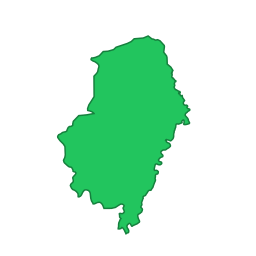 Centurión, Cerro Largo, Uruguay, rotated 46°
{"feature_id": "84410073B80643779971885", "entity_name": "Centurión", "entity_type": "district", "adm_level": 2, "iso_a3": "URY", "parent_name": "Uruguay", "parent_adm1": "Cerro Largo", "projection": "orthographic", "projection_center": [-53.755, -32.187], "detail": "fine", "context": "isolated", "style": "filled", "palette": "green", "viewbox_px": 256, "rotation_deg": 46, "n_neighbors": 0, "source": "geoboundaries", "source_scale": "gbopen_adm2", "svg_char_len": 5886}
<svg xmlns="http://www.w3.org/2000/svg" viewBox="0 0 256 256"><g transform="rotate(46 128 128)"><path d="M202.7,202.9L202.8,201.8L203.0,201.4L203.4,200.7L203.5,200.4L203.4,200.0L203.2,199.6L202.1,198.6L200.6,198.1L199.3,197.9L198.0,197.1L197.5,196.4L197.3,195.7L197.3,195.1L197.4,193.5L197.5,193.3L198.0,193.0L198.5,192.9L199.0,193.0L200.9,193.5L201.2,193.5L201.5,193.3L201.7,192.1L203.3,187.8L203.4,186.9L203.4,186.3L203.6,185.6L203.6,185.4L203.6,185.2L203.4,184.8L203.0,184.4L202.5,184.2L200.9,183.7L199.2,182.9L197.9,182.0L197.2,181.0L197.2,180.6L197.5,179.6L197.7,178.9L197.8,177.1L197.9,176.6L197.8,176.4L197.3,175.2L196.9,174.6L196.6,174.2L195.9,173.9L195.3,173.8L194.1,173.9L193.8,173.7L193.3,172.8L193.1,171.9L192.8,171.3L192.4,170.9L191.8,170.6L191.3,170.2L190.9,169.7L190.5,168.9L190.0,167.8L189.4,166.8L189.2,166.0L188.6,165.5L188.2,165.3L187.9,164.7L188.2,163.3L188.6,162.4L188.5,161.7L188.2,160.9L187.9,159.0L187.6,158.2L187.4,157.2L187.4,156.5L187.7,155.8L188.3,155.3L188.7,154.6L188.6,154.1L188.3,153.2L188.1,152.3L188.1,151.6L187.2,149.9L186.1,147.7L184.9,144.9L184.5,144.4L184.0,144.0L183.5,143.8L182.9,143.4L182.6,142.8L182.0,142.0L181.4,141.6L180.9,140.7L180.8,140.1L180.9,139.6L181.6,138.7L181.6,138.1L181.1,137.3L180.7,136.8L180.5,136.6L180.1,136.5L178.9,136.6L178.1,137.0L177.7,137.4L177.1,138.2L176.8,138.3L176.6,138.3L176.2,138.1L175.8,137.7L175.2,136.9L173.5,134.3L173.3,133.8L173.3,133.0L173.7,132.4L174.4,132.0L175.2,131.8L175.9,131.3L176.4,130.9L176.9,130.2L177.0,129.6L177.1,128.9L177.0,128.5L176.7,128.1L176.0,127.7L175.4,127.8L175.0,128.1L174.4,128.4L173.6,128.7L172.8,128.6L172.1,128.2L171.9,127.3L171.8,125.5L172.0,124.7L172.2,124.0L172.6,123.3L172.7,123.0L172.6,122.8L172.4,122.4L172.0,122.0L171.7,121.9L171.3,121.8L170.6,121.9L169.8,121.8L169.2,121.7L168.5,121.4L168.1,121.1L167.9,120.7L167.9,120.4L167.9,119.6L168.1,118.5L168.5,117.7L168.8,117.3L169.3,116.9L169.7,116.4L169.9,115.9L170.0,114.6L170.4,113.0L170.6,112.0L170.6,110.4L170.5,110.1L170.0,109.6L169.7,109.4L168.1,108.9L167.6,109.0L166.7,109.4L166.0,109.7L165.3,109.9L164.7,110.0L164.2,109.7L164.0,109.4L163.6,109.4L163.0,109.6L162.9,109.4L162.8,109.1L162.8,108.8L162.9,108.4L164.4,107.5L165.3,107.0L166.6,106.5L166.9,106.1L167.0,105.7L167.0,104.3L167.0,103.5L166.8,102.8L166.5,102.1L166.1,101.4L165.5,100.7L164.7,100.0L163.9,99.1L163.2,97.9L162.4,97.0L162.1,96.4L161.9,95.5L161.3,94.9L160.7,93.4L159.0,91.3L158.8,90.9L158.8,90.4L159.0,90.0L160.3,88.9L160.6,88.3L161.7,85.6L161.7,85.4L161.1,85.0L160.6,84.7L160.4,84.2L160.4,83.7L160.5,82.8L160.7,82.5L161.0,82.4L161.4,82.4L163.1,83.9L163.9,85.2L164.3,85.3L164.6,85.2L165.7,84.0L166.4,82.8L167.3,81.1L167.2,80.3L167.0,80.1L166.0,79.8L164.4,79.3L164.0,78.9L163.6,78.7L162.7,78.4L161.9,78.3L159.6,78.2L158.7,78.1L158.4,77.9L158.1,77.5L157.7,76.7L157.6,75.6L157.8,74.7L157.6,73.7L158.0,71.9L158.1,71.5L158.1,71.3L158.0,71.1L157.6,70.7L157.2,70.6L156.6,70.9L155.9,71.3L155.4,71.4L154.4,71.4L154.2,71.3L153.8,70.8L153.7,70.4L153.7,70.1L153.7,69.9L153.1,69.8L152.5,69.9L152.0,70.2L151.5,70.9L151.2,71.3L150.2,71.5L149.6,71.5L148.6,71.0L147.9,70.1L147.6,69.3L147.7,68.7L147.5,68.2L145.9,67.9L144.9,67.8L144.1,67.6L143.0,67.0L142.6,66.7L142.4,66.5L142.1,66.5L142.0,66.8L141.9,67.4L141.6,67.6L141.1,67.7L140.2,67.4L139.7,67.1L139.3,67.1L139.1,67.4L138.8,67.6L138.4,67.6L138.1,67.3L137.9,67.0L138.0,66.7L138.4,66.1L138.6,66.1L138.8,65.9L138.7,65.7L137.8,65.4L137.5,65.6L137.1,65.8L136.8,66.0L134.2,66.7L133.2,67.2L131.8,66.9L131.0,66.7L130.6,66.4L130.3,65.9L130.2,65.4L129.8,64.7L129.5,64.5L128.9,64.3L128.4,64.1L128.2,63.6L128.1,63.4L127.9,63.0L127.5,62.7L127.4,62.2L127.6,61.8L127.8,61.4L127.5,60.9L127.0,60.9L126.4,61.1L125.9,61.1L125.4,61.1L125.1,60.9L124.6,61.0L124.0,61.2L123.9,61.0L123.5,60.9L123.1,60.9L123.0,61.1L122.6,61.2L121.8,61.1L121.3,60.6L120.4,59.2L119.8,59.0L119.1,58.9L119.0,58.7L119.2,58.3L119.1,58.2L118.8,58.2L118.5,58.1L118.4,57.9L118.4,57.6L118.5,57.4L117.8,56.5L118.0,56.2L117.8,55.7L113.9,54.9L109.3,55.4L104.4,51.0L102.9,50.2L98.3,49.7L94.8,45.3L93.7,44.6L87.6,44.4L85.1,45.3L83.9,47.2L81.9,47.9L80.5,48.9L75.8,49.6L73.9,54.5L68.1,61.6L68.1,65.6L66.7,69.8L61.6,80.5L61.6,83.9L58.9,89.0L55.8,92.7L56.1,98.5L54.6,102.3L53.2,104.7L52.4,105.4L52.6,106.4L53.2,107.1L55.3,106.7L57.5,105.7L59.8,105.3L61.4,105.2L62.5,105.4L63.7,106.3L64.6,108.0L66.4,110.6L66.9,112.5L67.1,116.5L81.9,130.6L83.2,135.8L84.2,140.1L86.0,143.6L87.4,144.8L89.1,143.7L90.9,142.8L92.6,142.4L93.7,142.3L94.0,142.4L93.4,143.2L90.0,148.4L84.9,154.8L85.2,162.7L86.7,164.9L87.6,165.8L87.5,167.5L86.2,169.2L86.1,170.7L86.8,172.6L87.6,174.1L87.4,175.4L86.5,176.8L85.7,178.3L85.5,180.4L85.0,181.7L84.7,182.5L85.1,184.3L86.0,185.1L87.5,185.4L90.0,185.7L94.4,185.6L97.5,186.2L103.8,191.8L105.3,193.9L106.4,196.8L107.8,197.6L108.6,197.9L109.3,197.9L112.6,197.7L114.4,197.5L115.3,197.2L115.9,196.7L116.8,196.1L117.9,196.1L119.1,196.5L120.0,196.8L121.0,197.6L121.9,197.3L122.9,196.6L124.0,196.6L124.6,197.2L124.9,198.5L125.0,200.5L125.2,202.0L125.8,202.6L127.5,203.6L128.6,204.7L128.7,206.4L128.7,208.2L129.4,209.5L132.0,210.4L133.8,210.5L135.9,209.6L137.8,209.3L139.4,209.4L140.4,209.5L141.9,210.7L142.8,211.6L143.5,211.2L144.0,209.4L143.8,207.9L142.8,205.4L142.4,202.6L143.3,201.1L145.5,199.8L147.4,199.9L148.6,200.4L152.7,203.6L155.1,204.9L157.4,205.4L158.4,205.8L159.3,204.7L160.3,201.8L161.5,200.2L162.5,199.6L164.5,199.5L166.3,199.9L168.1,200.7L169.2,201.1L174.3,195.7L176.4,192.2L176.9,189.3L177.6,186.2L178.3,185.4L179.0,184.9L180.1,184.6L181.1,184.7L181.3,185.0L181.8,186.0L181.9,186.7L182.3,187.3L183.2,187.7L184.5,188.1L185.4,188.6L185.8,189.0L186.0,190.1L185.9,190.9L185.5,191.7L184.9,192.3L183.8,193.0L183.7,193.9L184.8,194.6L186.3,195.9L188.3,196.0L188.3,196.9L189.8,200.4L190.6,201.5L192.3,203.2L193.1,204.4L193.7,205.1L194.4,204.6L195.4,203.0L195.3,201.5L196.1,201.2L198.3,201.4L202.7,202.9Z" fill="#22c55e" stroke="#15803d" stroke-width="1.5"/></g></svg>